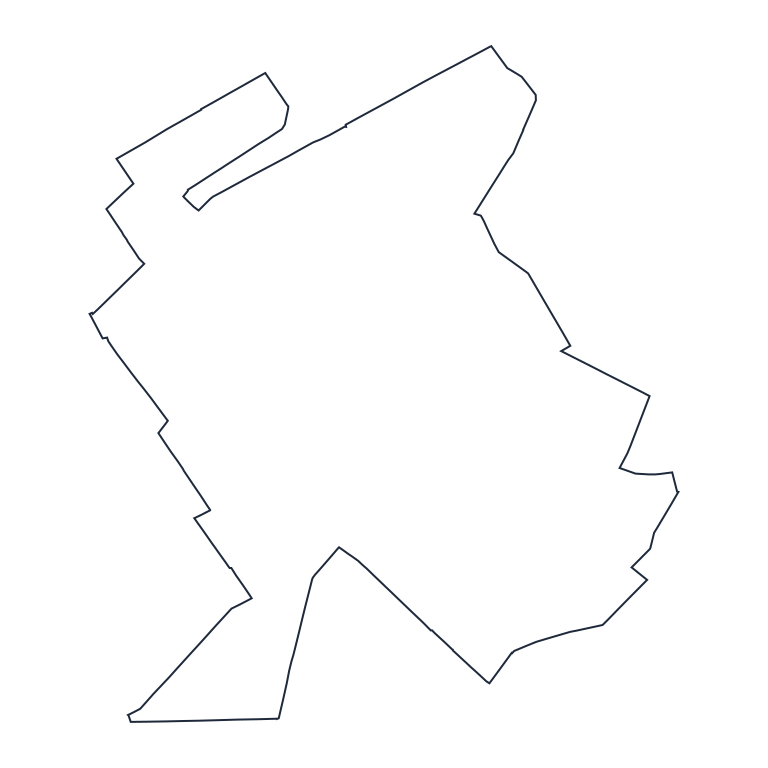 Otelec, Timis, Romania
{"feature_id": "2599482B41708368975708", "entity_name": "Otelec", "entity_type": "district", "adm_level": 2, "iso_a3": "ROU", "parent_name": "Romania", "parent_adm1": "Timis", "projection": "natural_earth1", "projection_center": [20.849, 45.575], "detail": "fine", "context": "isolated", "style": "outline", "palette": "slate", "viewbox_px": 768, "rotation_deg": 0, "n_neighbors": 0, "source": "geoboundaries", "source_scale": "gbopen_adm2", "svg_char_len": 3994}
<svg xmlns="http://www.w3.org/2000/svg" viewBox="0 0 768 768"><path d="M489.4,683.3L498.4,671.1L511.7,652.9L512.1,653.2L514.1,651.0L526.5,645.8L536.1,641.9L547.8,638.4L564.2,633.6L570.4,631.8L576.7,630.6L598.5,625.9L602.6,625.0L608.7,618.9L619.0,608.3L630.7,596.4L647.1,579.9L631.6,567.4L636.2,562.8L649.9,549.0L650.3,548.2L651.9,541.9L654.1,532.8L657.6,527.1L670.7,505.1L678.4,491.9L677.1,491.6L674.8,482.7L672.2,472.4L659.9,474.0L655.4,474.4L648.6,474.4L635.3,473.6L634.9,473.4L619.6,468.0L627.4,453.3L630.4,446.1L640.6,419.5L649.6,396.1L641.4,391.8L627.0,384.5L607.2,374.5L592.0,366.7L574.6,357.9L561.2,351.1L570.3,345.8L563.0,333.1L544.5,301.5L528.5,274.0L527.8,273.1L522.0,268.9L517.2,265.4L506.9,258.0L499.1,252.4L498.8,252.2L494.3,243.8L486.0,225.9L484.2,221.8L481.5,216.7L481.0,215.9L480.5,215.5L479.8,215.3L474.4,213.7L490.3,188.4L499.8,173.4L504.5,165.9L508.4,159.8L513.3,153.3L519.1,139.6L523.3,130.1L523.1,129.8L529.7,114.8L535.4,101.5L535.9,100.4L535.7,94.9L526.3,82.7L522.3,77.6L521.7,76.8L516.9,73.8L507.3,68.1L493.6,49.4L491.2,46.1L450.8,67.5L432.3,77.3L421.7,83.0L393.7,98.6L357.2,118.4L345.7,124.7L346.1,126.9L344.8,126.6L336.6,131.2L329.4,135.2L325.0,137.3L320.2,139.6L314.1,142.0L312.4,142.8L297.3,151.2L288.5,156.2L249.1,177.1L222.2,191.8L213.1,196.6L210.2,198.9L205.8,203.3L199.1,210.0L198.6,210.5L193.8,206.9L188.4,201.7L184.1,197.4L183.8,197.0L183.3,196.5L184.6,194.9L187.7,191.1L188.0,190.0L187.9,189.7L191.3,187.6L194.8,185.4L199.3,182.5L205.6,178.4L214.5,172.6L222.8,167.3L224.4,166.2L232.3,161.1L239.2,156.7L250.2,149.5L254.0,147.0L258.0,144.4L260.2,143.0L262.0,141.9L264.3,140.5L268.4,138.0L273.2,134.8L275.1,133.5L278.8,131.1L282.0,129.0L282.4,128.4L283.3,126.9L284.8,124.5L284.9,124.3L285.8,119.8L287.2,113.3L288.1,108.9L288.3,106.3L286.9,104.7L285.0,101.9L281.6,96.8L277.7,91.2L270.3,80.4L266.2,74.4L265.3,73.0L262.4,74.6L257.8,77.2L250.5,81.3L241.0,86.7L236.7,89.1L233.5,90.9L229.4,93.2L220.6,98.2L215.8,100.9L212.8,102.6L207.6,105.5L201.1,109.1L201.2,109.8L198.0,111.6L191.7,115.2L166.9,129.2L145.6,142.2L116.5,158.8L125.8,172.5L133.4,183.7L123.4,192.9L106.4,209.0L110.7,215.4L115.2,222.2L120.0,229.3L122.1,232.4L122.7,233.7L123.6,235.3L125.5,237.9L126.9,239.9L127.3,240.6L127.4,241.2L134.2,251.2L139.0,258.5L144.2,263.8L137.6,270.4L124.4,283.3L117.5,290.1L110.6,296.8L97.6,309.5L94.5,312.4L92.7,314.0L92.0,312.8L89.6,313.9L89.9,314.4L91.5,317.3L97.0,327.7L102.6,338.4L107.1,337.6L107.6,339.1L108.3,341.2L111.5,346.0L117.4,354.5L123.9,363.0L131.0,372.5L138.0,381.6L143.7,388.7L151.0,398.1L157.6,407.1L167.8,420.8L166.1,423.1L158.4,433.1L164.7,442.6L170.9,451.8L177.9,461.5L183.1,469.2L183.7,470.6L190.5,480.7L193.8,485.6L200.3,495.1L204.3,501.2L207.5,506.1L210.2,510.0L210.0,510.4L207.6,511.6L201.2,514.9L194.3,518.2L200.9,527.5L205.8,534.4L210.9,541.8L213.2,545.0L214.8,547.2L218.6,552.6L224.4,560.7L227.2,564.6L227.9,565.7L229.6,568.0L231.4,568.0L232.1,569.2L236.0,575.4L242.7,584.9L249.7,595.2L251.7,598.3L241.2,603.8L231.5,608.6L223.8,617.0L215.7,625.8L208.0,634.4L205.3,637.4L204.5,638.3L196.4,647.2L194.1,649.7L192.9,651.0L184.8,659.9L177.2,668.3L169.4,677.0L153.6,693.7L146.1,702.2L140.2,708.8L134.1,712.0L129.7,714.2L128.0,715.0L128.6,715.6L130.7,721.9L147.0,721.7L166.3,721.4L183.7,721.0L199.0,720.7L220.6,720.1L237.4,719.6L259.4,719.2L277.1,718.7L277.1,718.9L278.7,718.3L278.9,717.6L283.1,699.6L286.8,683.1L289.2,670.6L291.5,661.2L293.4,654.9L295.9,644.9L298.9,632.7L302.4,618.2L304.8,608.4L307.2,598.9L310.1,587.5L311.5,581.8L312.3,578.8L313.3,577.0L314.4,575.6L315.1,574.6L316.5,573.1L320.3,568.8L327.8,560.2L332.9,554.3L337.6,548.8L339.0,547.3L342.3,549.6L347.7,553.5L352.1,556.5L358.1,560.8L361.4,563.9L363.7,566.0L366.5,568.4L373.5,575.2L385.2,586.4L401.9,602.4L412.0,612.1L423.4,622.9L428.8,628.4L430.6,630.2L430.7,630.4L432.0,630.3L434.7,633.1L444.4,642.0L450.3,647.6L452.6,649.8L452.8,649.8L452.9,650.5L453.8,651.3L462.1,659.0L470.8,667.1L474.3,670.2L481.3,676.6L486.2,681.2L489.4,683.3Z" fill="none" stroke="#1e293b" stroke-width="2"/></svg>